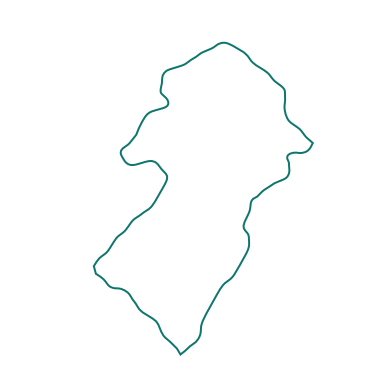 Juan Santiago, La Estrelleta, Dominican Republic (orthographic projection), rotated 29°
{"feature_id": "3306468B19325324705004", "entity_name": "Juan Santiago", "entity_type": "district", "adm_level": 2, "iso_a3": "DOM", "parent_name": "Dominican Republic", "parent_adm1": "La Estrelleta", "projection": "orthographic", "projection_center": [-71.601, 18.728], "detail": "fine", "context": "isolated", "style": "outline", "palette": "teal", "viewbox_px": 384, "rotation_deg": 29, "n_neighbors": 0, "source": "geoboundaries", "source_scale": "gbopen_adm2", "svg_char_len": 2823}
<svg xmlns="http://www.w3.org/2000/svg" viewBox="0 0 384 384"><g transform="rotate(29 192 192)"><path d="M260.7,339.7L263.0,334.2L265.0,328.0L268.0,321.5L268.7,317.7L268.7,315.1L268.3,312.5L267.5,310.2L265.0,304.8L264.3,302.0L263.9,299.2L263.5,291.7L263.5,270.6L263.7,263.1L264.2,258.8L264.9,256.0L267.8,249.5L268.6,246.7L269.0,243.7L269.3,233.0L269.3,222.1L269.2,217.5L268.8,214.5L268.1,211.6L266.4,208.4L263.4,203.6L261.9,202.0L261.0,201.4L257.2,199.9L255.4,198.9L254.6,198.2L253.3,196.2L252.5,192.4L252.0,184.0L251.7,181.2L251.0,178.6L248.9,173.4L248.4,171.3L248.4,170.2L248.9,168.2L251.3,164.3L253.2,157.5L254.1,155.3L260.0,144.2L266.6,135.8L267.7,133.5L268.0,132.2L268.0,129.7L267.7,128.4L266.9,126.2L262.7,119.7L262.1,118.9L259.2,116.7L258.7,115.9L258.3,115.1L258.1,114.1L258.2,113.0L259.2,110.9L261.8,108.4L264.0,107.1L267.2,105.7L269.3,104.5L271.9,102.0L273.1,100.0L273.9,97.5L274.1,94.9L273.9,90.6L265.3,88.7L263.0,87.8L258.6,85.8L256.1,84.9L253.3,84.4L244.8,83.5L242.0,82.7L239.6,81.4L236.4,78.8L234.5,76.7L232.8,74.6L231.4,72.3L228.9,66.5L225.4,60.5L224.2,58.6L223.3,57.8L222.3,57.2L221.1,56.7L218.6,56.1L210.3,54.9L207.9,54.1L202.4,51.7L199.7,51.0L195.4,50.5L186.8,50.1L182.6,49.4L180.1,48.6L174.7,46.0L169.7,44.7L157.3,44.3L152.0,44.6L149.4,45.2L148.2,45.6L147.1,46.2L145.2,47.7L143.6,49.5L142.9,50.5L140.8,55.0L139.4,57.2L134.4,63.6L132.8,65.8L131.6,68.2L130.1,71.7L127.1,76.9L125.0,81.5L123.8,83.8L122.2,85.9L120.4,87.9L113.0,95.6L111.4,97.6L110.8,98.7L110.0,101.2L109.9,103.8L110.1,105.0L110.9,107.2L112.9,111.4L114.7,117.1L115.7,119.1L116.4,120.0L117.3,120.6L118.3,121.0L123.7,122.3L125.7,123.2L127.4,124.6L128.0,125.4L128.5,126.4L128.7,127.5L128.6,128.7L127.6,130.8L126.1,132.6L120.6,138.1L117.8,141.0L116.3,143.2L115.2,145.6L114.5,149.5L114.3,155.0L114.6,161.9L115.5,169.0L113.7,179.6L112.9,182.0L110.5,187.0L110.0,189.1L110.0,190.3L110.3,191.4L110.8,192.5L111.5,193.4L113.2,194.7L117.9,197.5L120.1,198.3L122.7,198.6L125.2,198.1L126.5,197.5L127.7,196.8L129.8,195.1L136.8,188.1L138.9,186.2L141.2,184.7L142.4,184.2L145.0,183.7L146.2,183.8L148.6,184.3L153.8,186.6L160.5,188.8L162.4,190.1L163.2,191.2L164.1,193.6L164.5,197.6L164.5,203.3L164.3,218.2L163.7,224.0L163.4,225.4L162.5,227.9L159.7,233.2L157.7,237.8L154.9,243.1L154.0,245.6L153.5,248.4L152.7,255.6L152.2,258.4L151.4,260.9L148.9,266.4L148.2,269.1L147.8,273.3L147.3,281.9L147.0,284.7L146.3,287.4L143.8,292.9L143.0,295.2L142.4,299.1L142.1,304.5L147.6,310.1L153.0,310.5L156.9,311.2L159.2,312.0L163.4,313.9L165.7,314.5L167.0,314.5L168.2,314.4L170.5,313.9L174.6,311.9L176.9,311.1L180.7,310.7L184.6,311.1L187.0,311.9L192.2,314.8L196.9,316.9L201.1,319.3L203.3,320.3L207.2,321.2L219.3,321.8L223.2,322.5L224.4,323.0L226.8,324.3L233.1,329.3L236.6,331.4L239.0,332.3L245.4,333.6L254.7,336.2L260.7,339.7Z" fill="none" stroke="#0f766e" stroke-width="2"/></g></svg>